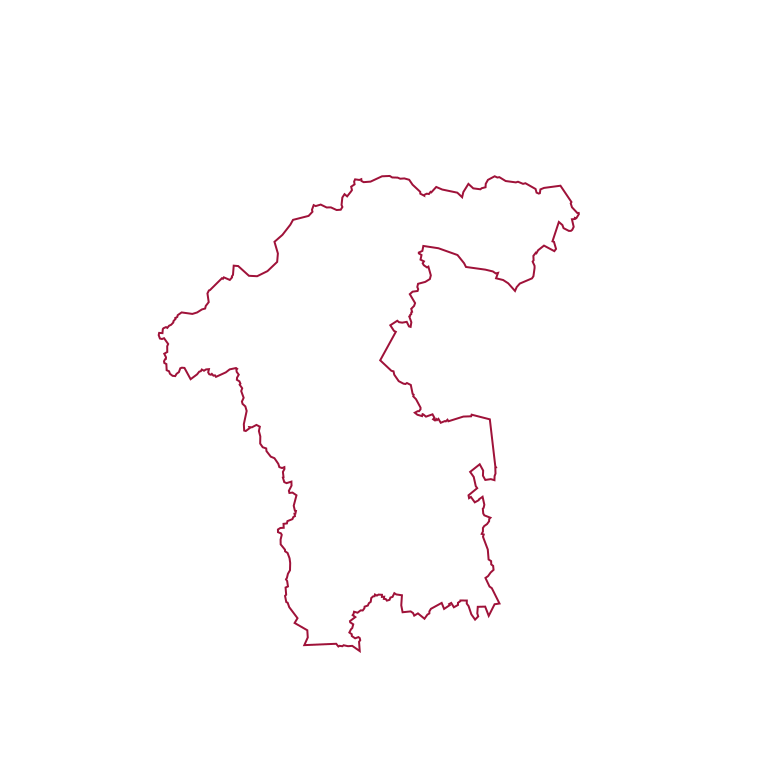 outline of Kinnegad Lea-5, Westmeath, Ireland, rotated 213°
{"feature_id": "5873133B19400646094396", "entity_name": "Kinnegad Lea-5", "entity_type": "district", "adm_level": 2, "iso_a3": "IRL", "parent_name": "Ireland", "parent_adm1": "Westmeath", "projection": "orthographic", "projection_center": [-7.232, 53.592], "detail": "fine", "context": "isolated", "style": "outline", "palette": "rose", "viewbox_px": 768, "rotation_deg": 213, "n_neighbors": 0, "source": "geoboundaries", "source_scale": "gbopen_adm2", "svg_char_len": 6154}
<svg xmlns="http://www.w3.org/2000/svg" viewBox="0 0 768 768"><g transform="rotate(213 384 384)"><path d="M167.6,262.8L182.4,271.5L185.2,271.6L193.3,276.6L192.1,279.5L191.9,284.0L190.9,287.8L193.4,290.9L195.8,291.1L197.7,293.8L200.7,293.8L206.8,301.7L217.8,309.8L218.4,312.1L220.4,311.5L220.7,314.2L222.6,317.1L222.6,319.4L221.3,322.6L221.1,326.1L222.2,328.0L221.9,329.8L228.3,328.5L230.2,329.4L233.2,333.2L233.0,334.4L234.1,337.4L239.9,343.1L241.5,339.0L241.3,338.1L243.4,334.2L249.6,336.6L250.5,334.6L252.5,336.7L249.1,347.4L251.4,348.3L258.1,354.9L263.9,357.2L260.0,368.8L253.7,365.4L251.1,361.0L246.8,358.7L242.6,362.4L239.0,363.5L241.1,367.0L241.7,369.6L245.2,374.6L244.7,375.1L246.0,375.8L276.0,412.0L293.8,406.0L293.3,404.4L299.7,399.9L309.7,387.8L311.3,388.6L311.8,386.3L312.7,386.1L315.3,382.4L319.4,384.4L319.9,382.6L321.1,383.0L321.4,381.2L323.6,381.2L323.3,383.1L326.8,385.0L331.0,379.5L334.5,379.9L335.2,379.7L334.6,377.8L339.2,376.4L342.5,376.7L341.0,379.5L339.8,380.3L339.6,382.7L340.5,384.1L348.9,388.7L352.8,389.6L353.3,391.2L354.6,391.3L361.0,397.8L365.3,397.3L366.0,395.7L367.8,394.9L373.2,394.4L380.5,397.4L382.9,399.8L385.0,399.1L400.1,401.8L402.5,434.2L404.6,434.0L410.7,436.7L407.3,444.3L405.1,444.0L402.1,445.4L398.8,448.5L394.4,445.9L392.8,446.4L394.7,450.7L399.6,454.4L399.2,455.3L399.7,456.4L399.2,457.4L400.1,458.9L399.7,459.8L402.1,461.9L401.3,465.9L402.0,468.8L411.3,473.4L410.3,477.0L406.5,480.3L407.0,482.2L408.9,483.5L410.0,486.6L405.0,492.1L402.7,497.0L403.9,500.6L410.7,506.6L411.4,505.2L415.3,505.3L417.3,506.3L417.3,508.6L421.1,508.2L422.8,512.6L425.9,512.5L426.4,513.2L424.3,516.5L426.2,521.2L412.3,527.5L392.6,532.2L382.6,528.9L379.0,526.8L361.3,535.1L354.0,537.7L350.5,537.6L348.9,539.3L347.6,533.7L340.7,536.1L334.7,536.1L324.8,533.4L325.5,537.6L324.8,542.2L317.4,553.2L317.4,555.8L320.9,563.3L322.1,565.1L326.0,567.6L325.9,569.2L328.5,572.8L328.2,576.8L327.4,576.7L327.6,580.1L325.2,587.2L313.5,588.2L313.3,591.0L318.9,595.8L320.4,595.4L325.6,615.1L321.0,614.5L318.3,612.5L312.3,613.1L310.6,614.3L310.1,615.8L310.5,619.1L316.1,624.5L313.8,626.3L314.4,627.3L313.0,627.8L313.1,632.6L313.9,633.5L315.0,632.7L322.6,634.6L325.8,637.2L325.9,638.7L344.0,646.4L356.6,635.6L358.8,632.4L357.2,628.9L357.9,628.0L360.3,627.6L363.1,630.1L374.7,629.4L376.4,627.6L381.8,626.6L383.2,624.9L392.5,620.5L399.9,620.3L401.4,618.9L404.3,618.5L408.0,611.8L407.7,607.3L406.0,604.3L408.7,601.4L409.2,599.8L415.7,596.7L422.2,597.8L422.0,588.2L420.2,583.2L426.7,584.4L441.1,578.8L447.5,577.7L448.7,570.5L449.6,570.5L449.8,567.8L451.8,566.9L453.4,564.2L453.0,563.8L457.2,563.4L458.3,564.9L468.6,566.7L474.1,569.0L478.9,567.5L482.2,565.0L485.0,564.5L489.6,561.7L492.5,561.6L498.8,557.1L505.5,546.4L511.0,542.2L513.5,542.0L514.6,543.4L515.8,541.7L519.7,539.9L519.3,537.5L517.4,535.4L519.0,531.6L516.5,529.2L516.5,527.7L517.1,521.3L520.5,521.7L520.5,517.7L517.1,511.0L515.3,509.8L515.2,506.6L518.5,504.1L524.7,503.2L528.3,500.8L534.8,500.0L538.2,496.0L540.4,495.7L539.3,490.9L537.8,489.5L538.8,483.9L549.7,472.1L549.3,466.6L550.4,453.8L553.3,443.6L544.1,435.7L540.1,428.2L543.2,415.2L549.1,405.3L556.2,401.2L570.5,403.5L574.5,401.4L570.1,393.3L570.2,391.4L569.5,390.6L570.0,387.3L576.4,386.2L576.4,384.5L577.5,384.5L581.1,368.0L581.8,367.1L581.4,363.8L575.6,357.2L576.0,352.4L575.1,349.9L577.3,347.4L579.7,342.2L582.9,338.4L592.7,333.8L594.5,329.4L593.9,327.6L595.0,325.6L594.3,325.1L594.8,322.0L594.2,320.8L594.8,317.7L596.0,315.8L596.3,313.0L597.8,313.0L599.3,310.7L599.4,309.6L597.5,306.0L600.4,304.4L599.6,302.3L596.7,300.1L594.7,300.8L593.4,302.6L586.8,300.0L586.4,297.6L583.2,292.8L584.8,289.7L581.4,287.7L580.6,286.2L581.1,285.6L580.9,283.3L579.7,282.0L577.4,282.2L573.8,277.2L571.2,277.6L569.1,276.0L565.8,275.7L563.4,276.9L563.5,279.6L562.5,282.3L563.4,286.2L562.4,287.6L560.1,288.8L548.8,282.7L546.0,290.3L545.7,293.7L544.6,295.0L544.7,296.9L542.2,297.1L541.2,299.3L538.9,301.1L537.8,298.0L535.9,297.0L534.2,297.5L533.9,298.7L531.6,298.1L530.5,299.2L528.8,298.5L523.0,307.6L521.4,312.2L516.8,316.8L515.4,316.7L515.6,315.6L514.2,314.0L510.9,312.7L510.7,309.3L509.7,307.4L506.7,307.5L504.6,306.1L504.7,304.8L500.6,303.2L499.9,300.3L494.2,296.0L493.6,291.9L491.8,290.3L488.1,289.7L484.5,286.6L479.7,274.0L475.9,268.8L474.3,269.3L472.6,273.9L473.5,274.5L471.2,275.7L468.7,280.2L464.9,280.6L463.3,276.4L459.2,272.7L455.4,266.6L451.3,264.9L447.7,265.8L446.0,263.7L439.4,261.4L435.5,262.1L429.2,259.5L426.5,257.3L423.7,258.0L422.3,260.0L421.2,258.5L420.9,255.2L417.5,251.1L417.9,250.5L414.2,247.4L411.7,247.8L408.5,251.7L406.2,248.4L405.6,242.6L404.0,241.1L401.6,243.1L396.8,243.0L393.4,232.7L389.7,229.2L388.7,229.6L387.7,226.9L388.4,226.4L386.7,224.7L387.6,223.0L387.2,220.8L390.3,216.4L389.5,214.2L392.1,212.0L389.8,208.8L392.5,206.8L393.7,204.2L392.2,202.0L389.1,202.6L387.6,201.8L386.0,197.2L383.3,193.2L376.8,191.1L375.8,189.8L372.9,189.8L368.3,186.4L365.2,182.8L361.4,176.6L361.2,172.5L359.8,168.5L359.8,166.8L357.9,166.0L354.3,161.9L355.7,159.7L351.3,154.0L351.6,152.4L347.2,147.9L345.7,148.1L341.9,145.2L329.0,140.5L328.8,134.9L314.2,135.7L309.9,129.9L308.6,121.6L282.6,140.1L279.3,139.0L278.7,140.2L276.1,141.4L275.6,142.9L271.4,144.5L268.0,147.1L258.9,146.8L264.5,154.2L264.4,156.2L266.0,157.7L267.6,157.8L269.7,155.0L273.7,155.1L274.8,156.6L277.7,156.7L278.1,160.2L277.7,162.0L278.9,165.7L282.5,165.7L283.4,166.6L281.1,172.9L284.4,173.1L284.3,174.6L285.1,176.7L281.6,177.8L280.3,181.4L278.5,182.5L278.3,185.1L279.0,186.7L276.9,189.4L277.3,191.9L276.5,194.1L278.1,197.5L277.5,199.9L276.3,200.9L276.9,202.5L274.7,202.7L273.9,204.4L270.9,206.1L269.8,204.3L268.0,205.7L267.1,203.7L265.4,204.6L263.6,203.9L261.8,206.0L262.3,208.4L260.9,210.1L261.4,214.2L259.1,214.2L253.9,216.6L249.0,207.8L244.1,202.7L237.8,207.8L234.8,207.7L232.5,206.2L230.6,210.1L222.2,209.2L222.0,214.2L221.0,216.3L222.1,218.0L222.2,221.0L216.4,231.8L211.1,228.1L208.4,234.4L209.5,234.9L208.4,237.0L203.8,234.8L201.6,239.0L202.8,240.8L201.7,243.4L202.0,244.1L196.6,247.5L195.0,244.9L192.1,243.8L185.3,238.4L179.3,236.0L178.4,240.4L180.8,242.4L184.0,248.2L177.9,252.4L169.9,246.6L171.3,259.5L167.6,262.8Z" fill="none" stroke="#9f1239" stroke-width="2"/></g></svg>